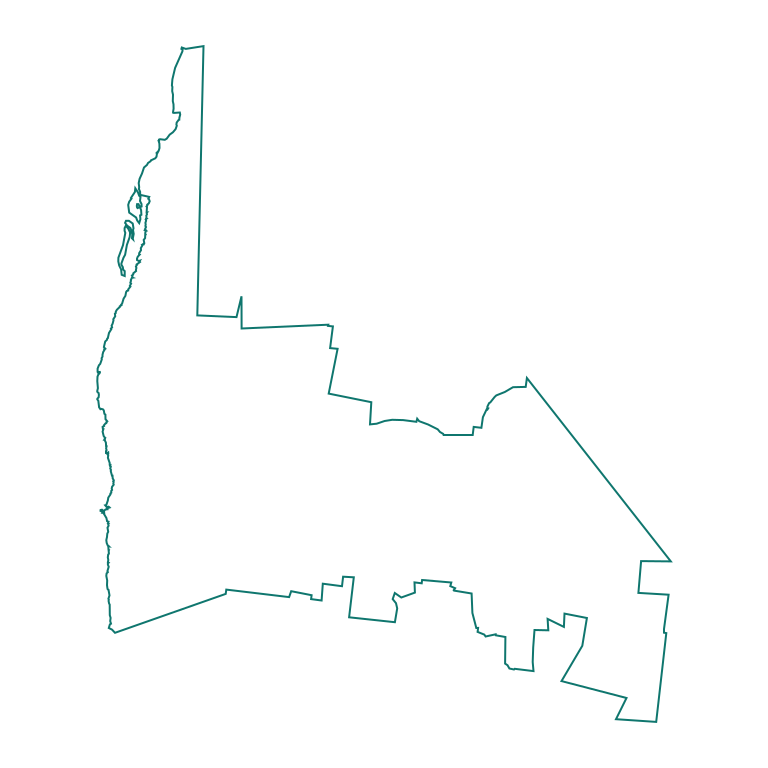 Calkiní, Campeche, Mexico (Albers equal-area conic projection)
{"feature_id": "50627088B85126992940446", "entity_name": "Calkiní", "entity_type": "district", "adm_level": 2, "iso_a3": "MEX", "parent_name": "Mexico", "parent_adm1": "Campeche", "projection": "albers", "projection_center": [-90.434, 20.481], "detail": "fine", "context": "isolated", "style": "outline", "palette": "teal", "viewbox_px": 768, "rotation_deg": 0, "n_neighbors": 0, "source": "geoboundaries", "source_scale": "gbopen_adm2", "svg_char_len": 6098}
<svg xmlns="http://www.w3.org/2000/svg" viewBox="0 0 768 768"><path d="M197.3,315.4L203.5,46.1L185.8,48.9L181.8,47.5L181.4,48.9L182.6,49.5L182.4,51.4L175.1,67.9L172.4,79.3L171.9,85.5L172.4,86.9L172.2,91.1L173.0,94.7L172.8,101.1L173.5,104.3L173.6,108.7L173.0,112.3L173.2,112.8L174.2,112.9L179.8,112.5L180.2,114.6L179.4,117.7L179.3,119.7L178.7,119.8L176.7,122.5L176.4,124.5L176.8,125.7L175.6,129.1L172.9,132.3L169.7,134.6L166.7,138.7L164.8,139.8L160.0,139.2L159.0,139.6L159.1,140.7L158.6,140.8L159.4,143.6L159.5,148.0L158.7,150.7L157.2,152.3L157.8,152.3L156.9,154.0L156.5,156.7L155.3,158.3L150.9,160.4L150.6,161.2L148.0,163.0L147.0,164.9L144.0,167.5L142.0,173.5L139.6,178.8L138.7,183.1L139.2,187.2L138.9,189.0L140.1,191.7L140.2,195.5L140.9,195.0L149.2,196.9L148.3,198.7L148.9,199.0L149.7,201.2L148.8,203.4L147.3,204.6L147.5,205.0L146.5,206.5L147.0,207.0L146.6,212.4L147.0,212.4L146.7,212.7L147.0,214.3L146.3,215.6L146.5,217.4L145.9,219.0L146.3,219.0L145.8,219.5L146.1,220.7L145.4,222.9L145.7,224.4L145.4,226.0L146.0,227.0L145.0,229.2L146.2,230.6L145.4,230.7L145.9,231.1L145.3,232.6L145.2,234.1L145.7,234.5L145.2,235.4L145.1,238.1L143.7,239.9L144.3,243.3L143.8,244.2L143.3,243.9L142.2,244.7L142.6,245.0L140.8,248.2L141.0,250.2L139.2,253.1L139.1,254.3L139.7,254.6L137.8,256.6L137.0,258.6L137.0,260.0L138.8,261.0L139.8,260.7L139.4,261.3L140.0,262.0L136.7,264.4L137.0,264.8L135.9,266.5L136.4,267.9L135.9,270.0L136.1,271.0L133.3,273.3L133.2,274.4L132.0,275.5L132.5,276.0L132.0,277.5L132.5,277.7L131.9,277.8L130.8,280.1L131.0,280.8L130.3,282.8L131.1,283.6L129.8,285.9L130.4,286.6L128.2,289.4L128.2,290.5L126.8,291.0L126.1,292.1L125.4,295.8L123.6,298.6L122.1,303.6L121.1,304.8L121.4,305.2L119.8,306.3L119.9,306.8L116.9,309.7L115.8,311.6L115.7,313.1L114.9,313.7L115.2,316.3L113.3,319.2L113.5,320.3L112.6,323.7L111.6,325.7L112.1,327.4L110.9,328.5L111.3,329.2L109.0,332.9L107.8,338.2L107.2,338.6L106.9,339.9L105.2,341.5L103.9,347.1L105.3,348.7L104.3,349.3L104.6,349.7L103.2,352.0L102.5,354.8L102.5,356.6L101.6,358.2L101.8,359.4L100.2,363.9L98.9,365.3L97.6,368.6L97.6,371.9L98.0,372.7L98.6,373.1L99.1,372.0L100.7,371.9L99.2,372.4L99.5,373.4L98.4,374.4L97.5,376.6L97.3,381.1L97.9,388.2L97.2,391.2L97.5,392.1L98.6,393.0L98.9,394.9L98.6,397.4L97.4,398.6L97.3,399.4L98.3,400.7L99.1,407.3L100.4,409.2L101.2,408.9L102.9,409.3L103.8,410.4L104.4,413.8L105.4,414.6L105.5,419.2L107.1,421.1L106.6,421.3L106.7,422.5L106.2,423.2L105.7,423.2L103.9,425.3L104.1,426.0L102.6,426.9L102.9,429.0L103.4,429.1L102.6,431.6L103.7,436.1L105.1,437.9L104.6,439.0L105.0,438.8L104.7,440.1L105.9,442.6L106.1,446.2L106.6,446.3L106.1,448.3L106.6,450.1L106.0,451.0L106.0,453.1L106.5,453.3L108.2,452.4L108.3,453.7L107.5,454.3L108.2,455.4L107.9,457.8L109.7,463.0L109.7,464.9L109.9,465.5L110.4,465.3L110.3,466.4L110.8,466.8L110.2,468.4L111.0,470.0L110.7,470.9L112.0,475.7L112.5,475.7L112.7,478.4L113.8,480.3L113.2,481.3L113.7,481.9L113.3,483.5L113.7,484.7L112.1,486.7L111.7,488.6L112.1,489.9L111.2,491.0L111.3,492.7L110.4,493.5L110.5,494.3L108.3,497.6L107.8,500.6L106.3,505.0L105.2,505.3L106.6,507.0L107.7,507.0L108.9,506.3L108.7,506.6L109.6,507.5L107.5,508.2L106.7,508.8L107.1,509.3L105.6,509.5L104.4,510.4L104.0,511.6L102.5,511.5L102.9,512.1L102.4,512.8L104.2,513.0L104.3,513.9L103.9,513.8L106.4,518.0L107.1,521.2L108.5,521.7L107.9,523.4L108.4,523.7L108.1,523.9L108.6,525.7L107.5,527.7L108.2,531.8L107.3,533.6L107.0,537.0L106.3,540.1L106.7,543.0L107.8,545.6L108.5,545.9L108.7,546.1L108.3,546.0L108.3,546.5L108.5,549.6L109.7,550.5L108.6,550.1L108.9,553.7L108.2,554.5L107.8,557.4L108.3,560.0L107.9,562.2L108.6,562.7L107.9,563.2L107.9,564.7L108.7,566.8L107.4,571.2L107.9,572.1L106.6,573.4L106.3,575.9L107.2,580.5L107.0,585.1L107.4,588.1L107.7,589.3L108.5,589.8L109.5,595.4L108.4,598.8L108.8,599.5L108.6,601.0L109.1,603.5L109.7,604.6L109.8,615.2L110.6,617.9L110.2,621.1L111.0,623.7L109.9,624.4L108.8,628.0L112.0,629.6L115.0,632.8L225.7,593.9L226.3,589.6L289.1,597.1L291.2,591.2L311.6,595.2L311.1,599.1L321.6,600.5L322.8,583.7L342.0,586.2L343.1,576.7L353.8,577.3L349.1,617.3L394.9,622.2L397.2,608.4L396.0,603.2L392.7,599.1L394.8,593.0L401.3,597.5L414.9,592.6L414.5,582.4L421.7,583.3L422.1,580.0L451.3,582.5L450.3,586.1L455.1,588.2L453.7,590.2L454.0,590.6L471.6,593.5L472.4,613.0L476.3,628.0L478.1,627.9L477.6,631.9L484.3,634.6L485.6,636.5L495.7,634.3L495.8,635.3L505.4,637.0L505.1,663.6L507.5,665.2L509.4,668.5L514.0,669.5L514.7,668.8L533.5,671.1L532.7,662.0L533.2,647.4L534.5,630.0L548.3,630.3L547.6,618.9L563.9,626.9L564.5,613.6L586.9,618.0L582.3,645.8L561.5,681.1L626.5,698.0L616.0,719.2L656.2,721.9L666.3,633.1L664.0,632.7L664.0,629.0L668.6,594.7L638.4,592.9L641.1,561.1L670.8,561.4L526.9,378.0L525.7,386.9L513.0,387.2L504.8,392.0L496.3,395.4L494.6,397.0L490.3,402.4L489.1,403.1L487.4,406.6L487.3,408.0L488.2,408.3L487.3,409.7L486.6,409.4L482.9,417.2L481.4,427.8L473.7,426.9L472.7,435.0L443.6,435.0L443.2,433.9L440.0,432.0L437.7,429.3L428.1,424.5L419.2,421.2L417.2,418.7L416.4,421.8L403.2,420.1L392.2,419.8L384.6,421.0L376.7,423.7L370.0,424.4L371.3,402.2L328.7,393.6L337.6,348.8L330.1,348.1L332.9,326.4L328.0,325.9L328.3,324.7L241.6,328.5L241.5,296.3L236.5,317.1L197.3,315.4ZM140.0,201.0L140.5,196.9L139.2,195.8L138.0,192.5L135.3,188.3L134.9,192.0L130.9,198.0L131.5,198.6L129.2,201.7L128.2,204.9L129.2,212.6L136.1,217.5L137.2,220.5L139.2,223.1L140.4,219.2L140.1,215.4L141.4,214.8L141.1,210.1L140.2,207.8L138.9,207.3L137.7,208.1L137.1,207.6L136.8,206.0L137.1,204.1L138.5,204.1L139.2,205.7L140.6,206.9L141.6,206.5L141.5,204.0L140.0,201.0ZM125.1,254.8L126.9,244.9L129.7,237.0L130.0,233.9L130.0,232.3L128.4,228.9L125.8,225.7L124.6,228.1L124.6,230.8L125.3,232.9L123.0,245.2L118.4,257.7L118.3,261.4L119.2,265.5L121.1,269.4L121.7,274.8L124.7,276.0L124.7,271.1L123.2,269.7L122.8,267.1L121.4,264.7L121.4,263.5L123.5,257.7L125.1,254.8ZM132.8,238.5L133.7,233.9L133.0,230.0L133.5,228.3L132.7,223.5L128.9,220.8L126.0,220.8L125.1,222.9L127.1,225.6L130.4,228.0L131.5,230.8L132.3,234.6L132.0,238.3L133.0,239.3L132.8,238.5ZM102.0,511.6L102.8,510.9L102.7,510.3L102.0,509.7L100.6,510.0L100.5,510.9L102.0,511.6Z" fill="none" stroke="#0f766e" stroke-width="2"/></svg>